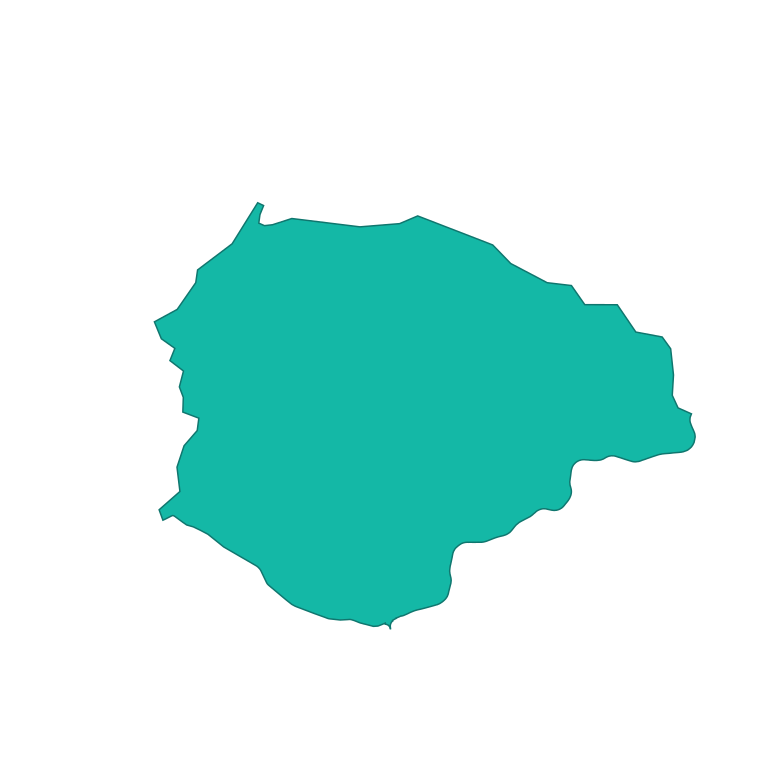 Cerro Chato, Treinta y Tres, Uruguay (Natural Earth projection), rotated 237°
{"feature_id": "84410073B20203965418101", "entity_name": "Cerro Chato", "entity_type": "district", "adm_level": 2, "iso_a3": "URY", "parent_name": "Uruguay", "parent_adm1": "Treinta y Tres", "projection": "natural_earth1", "projection_center": [-55.112, -33.151], "detail": "fine", "context": "isolated", "style": "filled", "palette": "teal", "viewbox_px": 768, "rotation_deg": 237, "n_neighbors": 0, "source": "geoboundaries", "source_scale": "gbopen_adm2", "svg_char_len": 5187}
<svg xmlns="http://www.w3.org/2000/svg" viewBox="0 0 768 768"><g transform="rotate(237 384 384)"><path d="M390.2,124.4L389.8,127.0L389.1,133.7L388.9,134.9L388.2,135.8L386.8,136.5L376.7,140.3L376.1,140.6L373.3,141.7L368.0,146.3L361.4,150.3L353.9,154.5L341.2,158.7L334.7,160.8L300.6,178.1L299.6,178.4L298.8,178.7L298.0,178.8L297.0,179.0L296.0,179.1L295.0,179.1L294.0,179.0L281.9,177.4L280.8,177.3L279.9,177.3L278.7,177.5L277.6,177.8L257.0,184.1L250.4,186.3L249.3,186.7L247.1,187.9L246.5,188.2L245.9,188.6L245.0,189.2L232.4,198.4L229.8,200.3L220.7,207.2L218.1,209.1L217.3,209.8L216.4,210.8L215.6,211.8L211.2,217.2L209.9,218.8L208.8,220.7L206.8,224.2L206.1,225.4L205.5,226.6L205.0,227.3L204.6,227.8L204.1,228.3L201.8,230.2L199.4,231.9L197.8,233.0L197.3,233.4L196.6,233.9L195.8,234.6L195.1,235.3L194.0,236.2L192.9,237.3L191.6,238.5L189.4,240.5L187.2,242.5L186.7,242.9L186.6,243.1L186.4,243.3L184.4,246.9L184.2,247.4L183.7,249.9L183.2,252.4L182.8,254.8L182.4,254.6L182.0,254.5L181.8,254.3L181.4,254.8L181.0,255.2L180.5,255.5L179.9,255.9L179.6,256.1L178.3,256.4L177.6,256.5L177.3,256.5L176.8,256.4L176.1,256.2L175.7,256.0L175.5,255.9L175.2,256.2L175.3,256.3L176.0,256.6L176.6,256.9L177.2,257.2L177.8,257.6L178.3,258.0L178.9,258.6L179.3,259.1L179.6,259.6L180.1,260.4L180.3,261.1L180.5,261.8L180.5,262.3L181.1,262.4L181.0,264.6L180.8,266.6L181.1,266.6L180.4,270.3L180.2,272.1L179.8,272.3L179.2,274.3L178.5,278.4L178.1,281.7L177.6,284.4L177.3,285.8L176.9,287.3L176.3,289.2L175.0,292.7L173.7,296.6L172.1,301.6L171.0,305.1L170.3,307.5L169.9,308.6L169.8,309.5L169.6,310.3L169.5,311.5L169.5,312.5L169.5,313.9L169.6,315.1L169.8,316.4L170.0,317.5L170.1,317.8L170.2,318.5L170.6,319.5L171.0,320.5L171.4,321.4L172.0,322.2L172.6,323.1L173.2,323.8L173.9,324.5L174.7,325.3L175.9,326.6L177.1,327.9L178.6,329.5L179.7,330.7L180.4,331.5L180.9,331.9L181.5,332.4L182.0,332.8L182.6,333.3L183.5,333.8L184.3,334.2L184.9,334.5L185.8,334.8L187.7,335.5L189.1,336.0L189.8,336.4L190.5,336.7L191.4,337.2L192.2,337.8L193.1,338.5L193.8,339.1L194.5,339.7L195.3,340.4L196.4,341.6L198.4,343.6L200.7,345.9L201.7,346.9L203.1,348.2L203.9,349.0L204.5,349.6L205.1,350.3L205.5,350.9L205.9,351.4L206.2,352.1L206.6,352.8L207.0,353.6L207.3,354.5L207.5,355.4L207.6,356.2L207.9,358.2L208.0,360.0L208.0,360.8L208.0,361.6L207.9,362.5L207.7,363.5L207.4,364.5L207.0,365.6L206.5,366.6L205.9,367.7L205.2,368.7L204.5,369.8L202.6,372.7L201.3,374.7L200.0,376.8L199.0,378.3L198.5,379.1L198.1,379.7L197.7,380.6L197.3,381.4L196.8,382.8L196.4,384.1L196.2,384.9L196.0,386.0L195.6,387.9L195.2,389.8L194.8,391.8L194.5,393.2L194.1,394.7L193.7,396.2L193.1,398.0L192.5,399.7L191.9,401.3L191.6,402.5L191.3,403.6L191.1,404.7L191.0,405.9L191.0,407.1L191.0,408.5L191.3,409.9L191.7,411.4L192.4,413.5L193.3,416.1L193.6,417.3L193.9,418.3L194.0,419.6L194.2,421.1L194.3,422.1L194.2,423.8L194.1,425.2L193.9,427.2L193.8,428.6L193.6,430.3L193.4,432.5L193.2,434.6L193.3,435.8L193.4,437.2L193.7,439.0L193.9,440.9L194.1,441.8L194.2,442.7L194.2,443.8L194.1,444.9L193.9,446.2L193.5,447.6L193.1,448.7L192.4,450.0L191.7,451.0L191.0,451.9L190.0,452.8L188.5,454.3L187.0,455.8L186.3,456.6L185.7,457.3L185.2,458.0L184.8,458.8L184.2,459.9L183.8,461.1L183.5,462.2L183.3,463.3L183.3,464.6L183.2,465.4L183.4,466.4L183.5,467.4L183.8,468.4L184.0,469.1L184.5,470.5L185.3,473.1L185.9,474.8L186.6,476.4L187.2,477.6L188.0,478.8L189.0,480.2L190.0,481.2L190.9,482.0L191.9,482.7L193.0,483.3L194.2,483.8L196.3,484.5L197.4,484.8L198.2,485.1L199.1,485.6L199.9,486.0L200.6,486.4L201.4,487.0L202.4,487.9L204.1,489.4L205.6,490.7L208.0,492.7L209.6,494.1L210.4,495.0L211.0,495.7L211.7,496.5L212.2,497.4L212.8,498.5L213.2,499.7L213.5,501.0L213.7,502.1L213.8,503.2L213.7,504.5L213.6,505.7L213.3,506.8L212.9,508.1L212.3,509.4L211.5,510.7L210.4,512.1L209.1,513.9L207.9,515.3L206.1,517.7L205.2,518.9L204.5,520.0L203.9,521.0L203.4,522.0L202.7,523.4L202.2,524.6L202.0,525.6L201.7,526.7L201.6,527.8L201.5,530.2L201.4,531.2L201.2,532.1L201.1,532.8L200.8,533.7L200.4,534.6L199.9,535.7L199.1,536.8L198.5,537.7L197.7,538.5L196.8,539.3L195.4,540.4L193.3,542.2L190.0,544.8L187.2,547.1L185.3,548.7L183.9,549.9L183.3,550.5L182.7,551.2L182.1,552.0L181.6,552.8L181.2,553.7L180.8,554.5L180.3,555.5L180.0,556.5L179.7,557.7L179.5,558.9L179.1,560.3L178.6,562.2L178.2,564.1L177.5,566.8L176.8,569.7L176.0,572.7L175.4,575.0L174.8,576.9L174.3,578.0L174.0,578.9L172.7,581.5L170.5,585.5L168.6,589.3L166.1,593.9L164.9,596.3L164.2,598.0L163.7,600.1L163.3,601.8L163.2,603.3L163.4,605.4L163.8,607.6L164.7,609.8L166.1,612.2L168.4,614.5L170.1,616.1L171.8,617.0L173.5,617.7L176.6,618.3L179.9,618.8L182.4,619.3L184.9,619.9L186.4,620.5L187.8,621.4L189.3,622.6L190.2,623.8L191.5,625.6L203.8,617.6L217.5,619.6L233.9,631.7L257.4,643.6L271.9,642.9L290.4,623.5L323.4,622.8L341.2,595.6L364.5,594.8L380.1,576.0L416.0,555.9L441.4,550.9L506.6,503.8L510.0,484.4L528.9,449.4L573.0,396.8L578.3,377.2L581.9,370.0L587.1,366.6L593.6,372.2L599.2,380.2L604.8,376.8L584.3,333.0L581.2,289.8L571.5,281.3L559.2,251.2L561.2,225.3L543.2,221.9L527.8,228.0L520.2,217.2L504.1,222.9L493.0,210.8L482.1,208.4L470.0,200.0L456.2,210.1L446.7,202.0L441.1,182.7L427.0,165.1L405.0,154.3L401.0,126.9L390.2,124.4Z" fill="#14b8a6" stroke="#0f766e" stroke-width="1.5"/></g></svg>